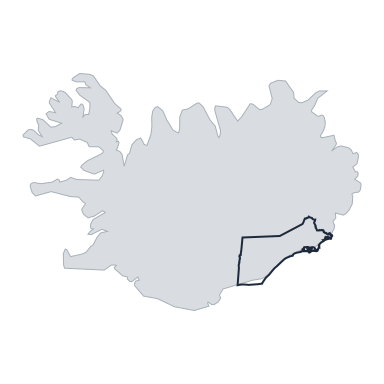 location of Sveitarfélagið Hornafjörðu, Austurland, Iceland
{"feature_id": "244011B97448762640394", "entity_name": "Sveitarfélagið Hornafjörðu", "entity_type": "district", "adm_level": 2, "iso_a3": "ISL", "parent_name": "Iceland", "parent_adm1": "Austurland", "projection": "albers", "projection_center": [-15.406, 64.234], "detail": "fine", "context": "in_parent", "style": "outline", "palette": "slate", "viewbox_px": 384, "rotation_deg": 0, "n_neighbors": 0, "source": "geoboundaries", "source_scale": "gbopen_adm2", "svg_char_len": 8818}
<svg xmlns="http://www.w3.org/2000/svg" viewBox="0 0 384 384"><path d="M298.8,102.5L302.2,102.7L307.9,100.2L316.0,92.6L319.4,91.0L327.2,90.9L317.7,98.3L314.3,106.2L311.6,110.1L311.7,111.9L318.4,116.6L321.7,115.0L323.1,115.6L324.4,117.9L325.3,122.4L324.8,127.1L322.9,131.8L320.3,135.8L320.7,137.1L322.8,137.7L334.0,135.2L335.3,140.9L336.4,142.8L336.1,144.8L331.7,151.0L336.9,147.1L341.1,145.9L348.3,147.7L351.2,149.9L353.1,153.8L356.6,152.4L358.3,154.7L358.4,157.1L357.0,163.7L352.8,167.1L355.5,171.8L357.6,171.9L358.1,172.9L357.9,175.8L354.7,179.2L360.2,182.7L361.0,184.1L360.7,188.3L359.9,190.7L358.3,192.2L354.3,192.5L351.9,194.2L352.8,196.8L352.2,203.9L349.2,209.9L346.3,213.1L343.5,215.1L335.4,213.0L335.8,218.1L333.0,221.2L333.6,223.8L334.6,225.1L334.2,228.5L330.6,235.4L328.0,237.7L322.8,240.5L315.4,246.8L307.8,246.8L289.0,255.7L281.6,260.5L268.0,274.9L262.3,278.6L252.6,280.2L223.2,288.9L219.7,294.5L219.5,295.7L220.7,298.0L218.3,301.9L213.8,304.7L211.7,304.6L208.1,302.0L207.6,303.1L208.9,306.2L194.3,310.5L174.6,306.8L157.4,298.6L143.6,296.1L134.6,285.6L134.4,284.0L135.7,281.1L139.3,280.1L137.9,277.0L131.6,281.7L129.7,281.4L127.4,279.1L127.4,277.0L122.6,275.8L114.7,268.8L114.2,267.4L116.4,265.5L116.1,265.1L111.4,265.0L104.3,270.1L64.6,268.2L63.6,265.1L63.3,253.7L65.2,249.1L66.8,249.7L70.6,256.6L81.5,254.2L86.0,252.3L90.6,246.6L93.1,244.8L97.0,237.4L100.7,232.9L107.5,231.3L101.7,229.3L91.3,234.6L88.0,234.3L89.8,231.7L93.5,229.0L91.2,228.5L90.5,227.1L90.7,224.1L92.9,219.7L105.2,212.5L102.7,210.7L94.1,216.2L88.1,217.8L83.6,214.4L81.8,210.3L82.1,208.6L85.4,203.9L85.1,202.9L83.3,202.2L78.7,197.1L70.6,196.6L51.2,191.6L35.4,196.0L32.2,192.6L30.1,185.9L31.1,183.6L33.9,182.5L41.1,183.7L52.2,182.1L57.5,179.0L59.3,180.2L59.9,182.1L66.8,180.1L70.7,177.3L76.4,179.5L98.8,180.2L102.1,176.2L103.8,171.3L103.4,170.2L94.8,174.0L92.9,173.7L83.8,170.3L80.7,167.1L82.1,165.0L87.5,160.7L101.0,154.0L102.9,152.6L103.3,150.7L98.7,146.8L89.2,146.7L87.2,142.4L79.7,139.1L74.3,140.0L71.8,137.2L39.5,146.2L30.4,138.9L23.4,136.9L23.0,135.0L28.0,130.0L30.9,129.4L33.7,130.3L38.6,134.9L42.2,136.7L38.2,130.3L38.8,124.7L37.5,123.1L36.6,119.2L37.3,118.1L42.8,119.6L50.9,127.2L55.4,126.6L61.6,123.2L49.2,119.3L46.0,113.8L49.1,111.5L55.6,112.7L49.4,103.1L49.3,101.5L51.0,97.8L59.7,102.4L55.5,96.6L55.5,95.5L57.0,94.7L58.2,91.6L60.6,90.7L65.0,92.3L71.4,99.2L72.3,100.9L71.8,107.0L74.7,106.4L78.0,107.7L81.2,103.9L83.1,105.1L84.1,108.9L83.0,117.0L85.3,114.4L88.7,114.5L89.9,107.9L89.9,102.5L79.7,95.1L76.0,90.2L76.7,88.7L78.9,87.6L90.3,87.8L85.8,84.7L84.9,81.8L76.3,81.8L72.1,80.2L72.2,78.9L74.1,77.1L79.8,73.5L89.6,74.3L93.4,75.9L100.1,85.8L105.7,90.2L114.8,103.6L120.9,109.0L121.1,110.3L119.9,111.6L117.2,113.0L120.9,115.5L123.0,119.0L123.0,120.4L119.9,130.2L117.1,133.2L111.1,130.7L112.2,134.1L116.3,137.9L117.2,139.9L116.3,141.7L118.5,141.3L119.0,142.4L117.5,148.0L116.2,150.0L119.8,151.5L122.1,154.5L124.2,166.3L126.7,157.6L127.8,154.5L129.5,153.4L132.0,144.6L136.7,139.6L140.7,138.0L144.2,144.5L147.0,145.4L150.9,134.6L151.9,126.5L151.7,117.5L152.7,111.2L155.0,107.6L157.6,106.6L162.8,110.8L166.8,120.0L173.0,130.1L177.7,132.8L178.6,132.6L179.6,129.5L179.8,116.7L182.4,110.1L188.2,108.8L197.1,103.1L199.1,103.0L203.1,106.8L210.1,120.0L215.3,126.2L217.7,135.7L218.9,137.6L220.2,134.7L220.5,130.5L214.8,110.6L214.8,107.9L215.6,105.8L227.3,107.3L229.9,109.6L237.6,121.1L241.8,116.7L250.2,103.7L252.9,104.2L259.6,109.7L262.3,109.3L270.3,104.6L272.2,98.5L269.0,85.9L270.5,83.3L277.8,80.3L285.6,81.0L293.7,92.7L294.0,98.2L298.8,102.5Z" fill="#d9dde1" stroke="#a8b0b8" stroke-width="1"/><path d="M242.5,237.5L241.4,249.4L240.7,254.2L240.8,254.5L240.9,254.8L240.7,255.0L240.2,254.8L239.8,255.3L239.6,255.4L239.6,255.5L239.6,255.9L239.4,256.2L239.7,256.5L239.9,257.1L239.9,257.4L239.7,257.9L239.9,258.1L240.0,258.6L239.7,259.2L239.7,259.4L239.6,259.7L239.6,260.0L239.6,260.5L239.4,260.9L239.3,261.1L239.4,262.3L239.2,262.6L239.3,262.7L239.2,262.9L239.1,263.9L238.8,264.6L238.7,265.1L238.9,268.0L237.6,285.2L240.0,284.7L242.5,284.5L246.2,284.6L248.6,284.9L249.6,284.8L258.0,284.2L262.2,283.6L262.3,283.4L262.3,283.2L262.2,283.2L262.3,282.9L263.3,281.5L263.9,280.5L264.7,279.5L265.4,278.3L266.1,277.5L268.8,275.0L273.0,269.9L274.3,268.5L274.6,268.1L277.3,265.9L277.5,265.6L283.9,259.6L284.9,258.8L286.2,258.0L288.9,256.9L289.1,256.7L291.3,256.0L292.6,255.8L292.8,255.6L293.2,254.6L293.7,254.0L294.3,253.6L296.6,252.7L300.6,252.0L300.6,251.8L301.0,251.5L302.2,251.3L306.3,251.2L309.4,251.6L309.8,251.7L309.8,251.9L310.0,251.7L309.7,251.7L309.2,251.3L309.0,251.0L308.7,250.8L308.5,251.0L308.0,251.1L305.0,250.8L304.9,250.9L304.7,250.8L304.8,250.8L304.8,250.7L304.4,250.6L304.2,250.4L303.9,250.7L304.1,250.9L303.7,250.9L303.6,250.7L303.2,250.7L303.2,250.8L303.2,251.0L302.8,251.0L302.4,249.3L302.7,249.0L302.5,248.9L303.0,249.2L303.1,248.9L303.4,248.8L303.3,248.7L303.5,248.4L303.6,248.7L303.7,248.8L303.7,248.5L303.8,248.4L303.6,248.2L303.7,247.9L303.5,247.7L303.8,247.8L304.2,247.2L306.1,247.1L306.4,247.4L307.2,247.5L307.4,247.9L307.3,248.2L307.5,248.3L307.8,248.2L308.0,248.1L308.0,247.9L307.6,247.0L307.9,247.0L308.2,247.2L308.1,247.4L308.2,247.5L308.3,247.3L308.3,246.9L308.4,247.1L308.5,247.4L308.2,247.8L308.3,247.9L308.2,248.0L308.6,247.7L308.7,247.9L308.8,247.8L308.8,247.7L309.1,247.4L309.6,246.9L309.4,247.3L309.5,247.4L309.3,247.5L309.1,247.7L309.3,247.9L309.5,247.9L309.3,248.1L309.5,248.2L309.2,248.4L309.3,248.7L309.1,248.9L309.4,249.0L308.9,249.3L309.0,249.3L309.1,249.5L309.1,249.8L309.1,250.2L309.3,250.3L309.2,250.6L309.3,250.6L309.2,250.7L309.2,250.9L309.9,250.5L309.4,250.3L309.5,250.2L309.9,250.4L309.8,250.2L309.9,249.9L309.7,249.9L309.6,249.7L309.8,249.4L309.9,249.6L309.9,249.8L310.1,249.5L310.0,249.4L310.3,249.4L310.3,249.1L310.4,248.9L310.1,248.8L310.1,248.6L309.6,248.4L309.7,248.1L310.1,247.9L310.1,248.0L310.3,248.1L310.3,248.3L310.7,247.9L310.9,247.8L310.9,248.0L310.7,248.4L311.0,248.2L310.9,248.3L311.0,248.4L310.9,248.5L311.2,248.5L311.3,248.5L311.5,248.5L311.6,248.2L311.6,248.5L311.8,248.3L312.0,248.2L312.1,247.9L312.3,247.7L312.2,247.7L312.3,247.5L312.2,247.4L312.3,247.2L313.3,247.3L314.4,247.8L314.9,248.3L314.9,248.5L315.2,248.8L315.2,249.0L315.3,249.0L315.8,249.8L315.6,250.0L315.4,249.9L315.4,250.1L315.2,250.0L315.0,249.9L314.8,250.2L315.0,250.4L315.0,250.5L313.3,250.4L312.9,250.5L312.6,250.4L312.6,250.6L311.7,250.7L310.9,251.0L310.4,251.0L309.9,251.3L309.8,251.5L310.3,251.3L310.6,251.3L310.7,251.5L310.9,251.2L312.3,250.9L315.1,251.0L315.3,251.1L315.8,251.0L316.1,251.2L316.5,251.2L317.3,251.0L317.4,250.7L317.1,250.5L317.0,250.4L317.0,250.1L317.2,249.7L317.7,249.3L318.0,249.3L317.9,249.5L318.1,249.5L318.1,249.3L318.1,248.8L318.2,248.7L318.3,248.2L318.6,247.9L318.8,248.0L318.9,247.9L319.3,247.8L319.0,247.2L319.2,246.8L319.3,246.8L319.3,246.6L319.1,246.8L318.9,246.6L318.7,245.9L318.8,245.3L319.1,244.7L319.7,244.0L320.9,242.7L323.3,241.2L323.5,241.1L323.4,240.9L323.8,240.6L323.7,240.4L323.5,240.2L323.8,240.2L324.4,239.5L324.7,239.1L325.1,239.2L325.1,238.9L325.0,238.7L325.1,238.4L325.3,238.2L325.4,237.9L325.2,237.7L325.3,237.2L325.9,236.8L326.0,236.9L326.1,237.1L326.4,237.1L326.5,237.3L327.2,237.0L327.7,237.0L327.9,236.8L328.2,237.1L329.0,237.4L329.7,238.0L330.3,238.1L330.5,238.4L328.7,238.6L327.0,239.0L325.3,239.7L324.1,240.3L323.6,241.0L324.0,240.6L324.6,240.2L326.7,239.3L329.9,238.6L330.6,238.5L330.7,238.8L330.9,238.8L331.2,238.0L331.1,237.9L331.1,237.6L331.0,237.4L331.5,236.6L332.2,236.1L332.2,235.8L331.8,235.4L331.8,235.2L330.9,235.3L330.8,234.9L330.2,234.6L330.2,234.3L330.4,234.1L329.8,233.7L329.7,233.1L328.9,233.4L328.6,233.9L328.6,234.4L328.0,234.4L326.9,234.0L326.7,233.8L326.5,233.1L326.0,232.9L325.3,233.1L324.6,232.7L324.6,232.4L323.8,232.1L323.8,231.9L323.8,231.6L323.5,231.4L323.6,231.0L323.6,230.6L323.1,230.1L322.4,230.1L321.7,229.9L321.0,230.4L319.7,230.0L319.4,230.4L318.8,230.3L318.3,230.5L317.9,230.4L317.1,230.5L317.0,230.4L317.0,230.1L316.8,229.9L316.7,229.5L316.5,229.2L316.3,228.4L315.7,227.8L315.8,227.4L315.4,226.8L315.4,226.1L315.7,225.9L314.1,222.9L314.1,222.5L314.3,222.0L314.9,221.1L315.0,220.3L315.1,220.1L315.2,219.6L314.4,219.7L313.1,219.3L312.4,218.8L311.9,217.9L309.7,217.4L308.8,216.6L307.7,217.9L306.5,218.0L306.4,218.3L306.3,218.5L305.4,218.7L304.8,218.6L303.2,222.8L302.5,224.0L279.8,236.0L242.5,237.5ZM303.7,250.5L303.9,250.4L304.0,250.1L303.9,249.8L303.6,250.0L303.5,250.4L303.7,250.5ZM303.5,249.9L303.8,249.8L303.9,249.6L303.7,249.5L303.4,249.7L303.5,249.9ZM303.2,250.4L303.3,250.3L303.2,250.1L303.0,249.9L302.9,250.0L303.2,250.4ZM310.0,251.0L309.5,250.9L309.6,251.0L309.4,251.0L309.7,251.2L310.0,251.0ZM310.4,250.3L310.1,250.0L310.0,250.3L310.0,250.5L310.4,250.4L310.4,250.3ZM303.1,249.8L303.2,249.6L302.8,249.9L303.1,249.8ZM303.3,250.6L303.0,250.5L302.9,250.7L303.3,250.6Z" fill="none" stroke="#1e293b" stroke-width="2"/></svg>